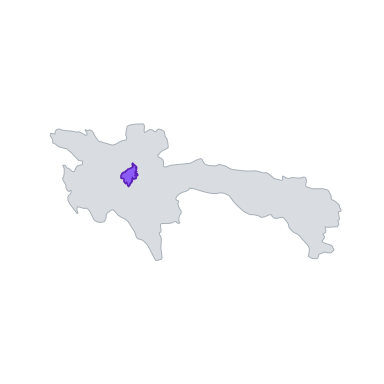 location of Phonxay, Louangphrabang, Laos, rotated 313°
{"feature_id": "54806243B12835501655609", "entity_name": "Phonxay", "entity_type": "district", "adm_level": 2, "iso_a3": "LAO", "parent_name": "Laos", "parent_adm1": "Louangphrabang", "projection": "equal_earth", "projection_center": [102.787, 19.886], "detail": "fine", "context": "in_parent", "style": "filled", "palette": "violet", "viewbox_px": 384, "rotation_deg": 313, "n_neighbors": 0, "source": "geoboundaries", "source_scale": "gbopen_adm2", "svg_char_len": 7708}
<svg xmlns="http://www.w3.org/2000/svg" viewBox="0 0 384 384"><g transform="rotate(313 192 192)"><path d="M147.8,52.5L149.2,55.7L155.6,64.1L156.7,66.4L159.0,68.2L161.0,75.7L161.8,76.2L162.9,75.7L163.7,74.6L164.3,71.7L164.8,71.4L165.5,73.8L167.3,74.5L168.1,75.6L168.3,77.4L168.0,79.3L166.5,83.5L165.6,89.3L171.9,101.7L174.5,103.4L180.8,105.4L185.0,108.2L187.0,107.5L188.8,104.4L191.1,102.7L195.3,100.1L196.5,99.9L198.8,101.0L202.7,104.0L208.5,109.8L208.3,111.4L207.2,112.9L204.1,115.2L203.2,116.6L203.8,117.2L206.3,117.6L209.4,118.9L210.3,120.4L210.8,123.8L211.4,124.5L214.2,124.1L215.1,124.6L216.1,125.7L217.1,128.6L217.1,130.7L214.3,134.5L214.0,136.8L212.5,139.5L208.7,144.0L207.7,144.3L200.6,141.8L194.9,142.1L194.5,143.1L195.4,145.8L195.7,148.5L194.8,150.6L191.6,153.3L191.5,154.4L192.1,155.7L196.9,158.1L212.0,171.2L218.9,173.7L221.9,175.3L222.7,176.3L222.7,177.4L221.9,178.9L221.3,181.4L221.2,183.0L222.0,184.5L223.2,186.7L227.4,191.7L230.6,192.9L233.8,198.6L234.8,203.6L236.4,206.8L244.4,217.6L251.0,224.3L254.9,231.5L256.8,233.1L257.5,235.7L258.0,243.3L260.3,247.1L260.8,248.6L261.8,249.7L262.9,249.9L265.2,247.5L265.7,247.8L266.7,251.8L267.7,253.3L271.2,255.7L274.9,260.6L276.9,262.3L279.4,263.7L279.8,265.2L279.3,266.8L278.6,267.8L274.3,270.6L273.7,271.8L276.6,278.0L283.8,285.6L286.1,290.2L285.6,292.4L283.7,296.9L282.2,298.1L281.8,299.5L282.9,303.2L282.9,308.8L281.5,310.2L280.3,313.6L279.4,313.9L277.2,312.6L272.6,318.5L270.6,318.2L268.4,321.6L265.4,322.0L263.3,319.5L258.9,315.6L257.3,313.1L256.0,315.2L253.7,317.3L250.4,316.5L249.6,319.5L248.9,320.0L245.0,320.6L244.3,321.0L244.9,323.7L247.2,328.3L248.0,331.0L246.5,335.3L242.4,335.2L240.6,333.4L238.3,329.8L233.0,327.4L229.6,329.0L228.5,328.9L225.8,325.9L224.9,323.9L224.3,320.9L228.2,318.5L230.3,316.7L231.6,314.7L232.1,312.7L232.7,304.1L233.3,301.1L233.0,297.4L231.9,294.5L231.8,290.2L232.4,286.7L233.9,284.9L234.9,282.4L235.6,276.7L235.1,275.3L233.6,273.9L231.1,272.5L229.5,270.9L228.8,268.9L228.9,267.1L229.6,265.6L227.7,263.9L223.2,262.0L220.6,259.8L220.1,257.1L218.2,253.7L214.9,249.5L213.1,243.4L212.9,235.4L213.3,229.0L214.7,221.5L212.8,216.1L210.7,213.2L207.7,211.1L205.0,208.1L202.3,204.2L199.2,198.4L195.5,190.8L193.0,187.4L191.7,188.1L189.1,187.4L185.0,185.2L181.5,184.0L178.5,183.9L176.5,184.4L175.6,185.5L175.6,186.7L176.3,187.8L175.9,188.7L174.3,189.3L173.1,190.6L171.6,193.4L170.6,197.1L169.1,198.5L166.8,198.8L164.6,199.8L162.3,201.6L161.3,203.0L161.4,203.9L160.9,204.1L159.8,203.6L159.3,202.4L159.4,200.5L158.2,199.2L155.9,198.5L153.2,196.5L148.2,191.2L147.0,191.0L145.3,192.3L143.1,195.3L141.4,196.5L139.9,195.9L138.8,196.9L138.1,199.6L136.7,201.7L129.8,207.4L123.7,214.8L122.1,215.5L118.4,213.4L117.2,212.0L122.4,196.9L123.1,193.3L123.0,188.4L120.9,184.4L120.8,183.2L121.1,182.0L123.7,177.4L126.8,165.4L126.6,161.6L125.3,157.6L124.6,153.7L125.2,148.4L125.0,146.3L123.6,145.3L118.9,144.3L116.2,145.1L114.9,146.5L113.4,147.5L110.4,148.0L107.7,146.2L105.4,143.1L104.8,139.4L107.8,131.4L108.5,128.4L108.4,126.9L107.9,125.4L107.2,125.2L105.8,123.3L104.3,120.0L103.0,118.5L101.7,118.8L100.5,120.0L98.5,123.1L97.9,122.7L99.7,111.7L101.3,107.1L103.3,104.9L105.3,104.0L107.4,104.3L109.2,103.9L110.6,102.8L110.5,102.1L108.8,101.9L108.1,100.7L108.5,98.4L109.2,96.8L110.4,96.1L111.5,93.8L112.6,89.8L114.0,87.8L115.5,87.7L118.2,86.0L122.0,82.6L123.4,79.3L124.9,80.8L124.3,84.6L125.1,85.4L125.4,86.8L125.2,88.9L125.5,90.7L126.1,91.6L126.9,92.0L130.9,90.5L133.3,90.4L137.3,93.1L139.7,91.1L139.8,90.3L137.8,87.7L138.4,78.1L138.2,70.8L134.9,65.4L134.2,63.2L133.9,59.7L133.0,56.7L135.4,54.2L136.6,49.8L138.3,48.7L138.8,48.9L140.8,52.2L143.4,50.5L145.3,50.5L147.0,51.4L147.8,52.5Z" fill="#d9dde1" stroke="#a8b0b8" stroke-width="1"/><path d="M172.6,128.9L172.3,128.9L172.0,128.9L171.8,129.1L171.7,129.2L171.0,129.8L170.9,130.0L170.9,130.5L170.7,130.9L170.5,131.1L170.2,131.2L169.7,131.6L169.5,131.2L169.3,131.3L169.1,131.4L168.7,131.3L168.3,131.2L168.1,131.0L167.4,130.9L167.2,130.6L166.9,130.7L166.2,130.2L165.5,129.9L164.9,129.5L164.8,129.4L164.3,129.5L163.9,129.6L163.5,129.7L163.2,129.7L162.6,129.6L162.6,129.4L162.4,129.4L162.2,129.3L162.2,129.2L161.8,129.1L161.8,129.3L161.7,129.4L161.6,129.5L161.4,129.6L161.0,129.4L160.9,129.5L160.7,129.5L160.6,129.3L160.5,129.2L160.3,129.2L160.0,129.1L159.9,128.9L159.8,129.0L159.5,128.9L159.5,128.7L159.4,128.4L159.0,128.4L158.9,128.3L158.7,128.4L158.6,128.5L158.3,128.5L158.1,128.2L157.7,128.3L157.4,128.2L157.2,128.2L157.1,128.3L157.1,128.5L156.9,128.7L156.8,128.8L156.7,128.8L156.5,128.7L156.3,128.9L156.0,128.9L155.9,128.8L155.5,128.9L155.1,129.1L154.9,129.5L154.5,129.9L154.2,130.0L154.1,130.4L153.9,130.5L154.1,130.7L154.2,130.9L154.1,131.0L154.0,131.4L154.1,131.7L154.3,131.9L154.6,131.9L154.8,132.2L154.9,132.3L155.1,132.5L155.2,132.9L155.1,133.0L155.1,133.4L155.0,133.7L154.9,133.8L154.7,133.9L154.7,134.0L154.4,134.2L154.2,134.2L154.2,134.3L153.9,134.4L153.8,134.5L153.7,134.6L153.4,134.8L153.4,135.2L153.3,135.7L153.1,135.8L153.0,136.0L152.9,136.8L152.9,137.7L153.4,137.6L153.6,137.5L153.8,137.5L154.1,137.5L154.4,137.5L154.4,137.9L154.3,138.1L154.3,138.3L154.1,138.7L153.9,138.9L153.6,139.1L153.5,139.3L153.5,139.7L153.4,139.8L153.0,140.3L152.9,140.5L152.8,141.0L152.8,141.4L152.7,141.7L152.7,141.8L152.9,141.8L153.0,141.8L153.4,141.8L153.4,141.7L153.5,141.7L153.9,141.9L153.9,142.0L154.0,142.0L154.2,141.8L154.3,141.9L154.5,141.9L155.0,141.7L155.2,141.3L155.4,141.2L155.5,141.0L155.8,141.2L155.9,141.3L156.1,141.4L156.3,141.3L156.4,141.2L156.6,141.3L156.7,141.2L156.9,141.2L157.2,140.9L157.3,140.9L157.3,141.0L157.5,141.1L157.7,141.3L157.8,141.4L158.0,141.3L158.1,141.2L158.1,141.3L158.2,141.1L158.5,140.9L158.7,141.0L158.8,141.0L158.8,140.9L159.1,140.9L159.3,140.8L159.4,140.7L159.4,140.3L159.4,140.2L159.5,140.2L159.8,140.2L160.0,139.9L160.0,139.7L160.3,139.5L160.4,139.4L160.5,139.3L160.6,139.2L160.8,139.1L161.0,139.0L161.3,139.1L161.5,138.9L161.8,139.0L161.9,138.9L161.9,139.0L161.8,139.3L161.8,139.5L161.7,139.7L161.6,139.9L161.6,140.0L161.6,140.4L161.6,140.7L161.8,140.6L162.0,140.4L162.1,140.5L162.3,140.7L162.5,140.7L162.5,140.8L162.4,141.0L162.6,141.2L162.9,141.0L163.0,141.0L163.1,141.3L163.3,141.4L163.5,141.3L163.5,141.2L163.7,141.3L163.7,141.5L163.9,141.4L164.0,141.4L164.2,141.8L164.3,141.8L164.4,141.5L164.5,141.4L164.5,141.2L164.6,140.9L164.8,140.8L164.9,140.7L165.0,140.7L165.2,140.8L165.4,140.8L165.5,140.8L165.5,140.7L165.6,140.4L165.6,140.2L165.6,139.9L165.7,139.6L165.7,139.4L165.8,139.2L165.7,139.1L165.8,139.1L166.0,139.4L166.2,139.6L166.3,139.6L166.3,139.8L166.4,140.1L166.5,140.2L166.5,140.3L166.7,140.5L166.8,140.8L167.0,140.9L167.1,140.7L167.3,140.8L167.6,140.6L167.6,140.3L167.6,140.2L167.7,139.9L167.8,139.8L167.9,139.7L168.0,139.8L168.1,139.7L168.1,139.0L167.9,138.9L167.7,138.7L167.6,138.4L167.3,138.1L167.2,138.0L166.9,137.8L166.9,137.6L167.1,137.5L167.2,137.4L167.3,137.4L167.5,137.4L167.6,137.1L167.7,136.9L167.8,136.7L168.0,136.7L168.0,136.8L168.3,136.9L168.3,137.0L168.5,137.0L168.6,136.9L168.7,137.0L168.8,137.0L168.9,136.9L169.0,136.9L169.0,137.0L169.2,136.8L169.3,136.9L169.3,136.7L169.6,136.5L169.6,136.4L169.9,136.1L170.2,136.1L170.3,136.0L170.3,135.9L170.5,135.9L170.7,135.7L170.8,135.8L170.9,135.7L171.0,135.8L171.1,135.7L171.3,135.6L171.3,135.4L171.3,135.2L171.2,135.1L171.1,134.9L171.2,134.7L171.3,134.6L171.4,134.4L171.5,134.4L171.6,134.2L171.8,134.2L171.8,134.3L172.0,134.6L172.1,134.8L172.4,134.7L172.4,134.2L172.5,134.1L172.7,133.8L172.6,133.6L172.5,133.3L172.5,132.9L172.5,132.7L172.6,132.2L172.6,131.9L172.7,131.7L172.5,131.4L172.5,131.2L172.4,131.2L172.5,131.1L172.5,130.9L172.5,130.7L172.5,130.4L172.4,130.2L172.4,129.9L172.5,129.7L172.7,129.4L172.7,129.2L172.6,128.9Z" fill="#8b5cf6" stroke="#5b21b6" stroke-width="1.5"/></g></svg>